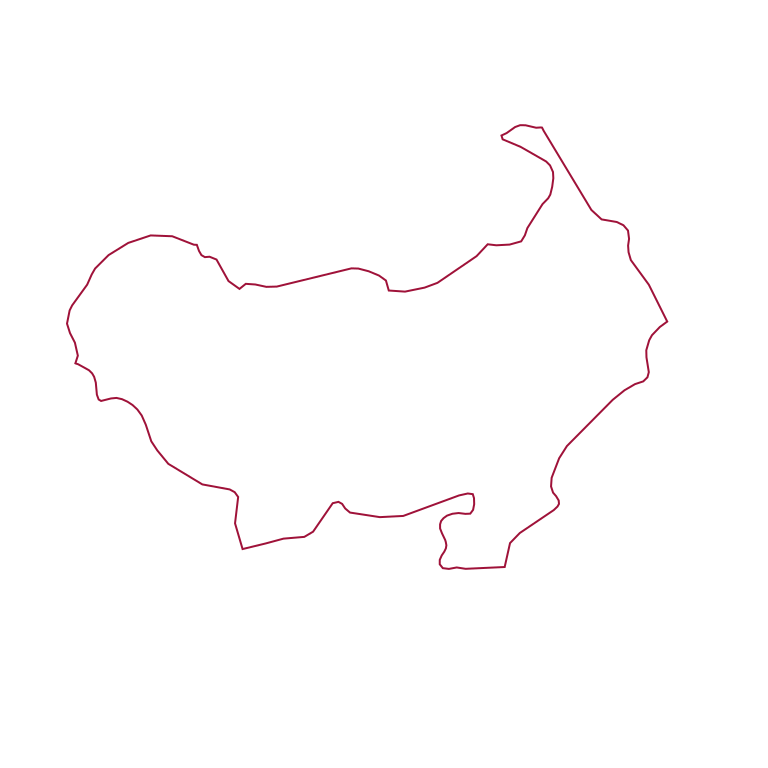 the Province of Skikda, rotated 343°
{"feature_id": "DZA-2166", "entity_name": "Skikda", "entity_type": "Province", "adm_level": 1, "iso_a3": "DZA", "parent_name": "Algeria", "parent_adm1": "", "projection": "albers", "projection_center": [6.827, 36.763], "detail": "fine", "context": "isolated", "style": "outline", "palette": "rose", "viewbox_px": 768, "rotation_deg": 343, "n_neighbors": 0, "source": "natural_earth", "source_scale": "10m", "svg_char_len": 2115}
<svg xmlns="http://www.w3.org/2000/svg" viewBox="0 0 768 768"><g transform="rotate(343 384 384)"><path d="M94.9,274.0L99.5,267.4L100.5,254.1L98.6,243.5L98.5,233.6L104.9,221.7L108.8,217.6L129.2,202.2L136.5,193.8L141.5,189.1L158.3,180.2L180.7,174.3L204.3,173.7L224.7,180.8L242.9,195.2L245.7,196.2L246.0,202.7L247.1,207.4L249.8,210.3L254.4,211.3L260.2,216.0L265.4,240.1L273.6,250.8L281.1,247.8L290.0,251.2L299.9,256.7L310.0,259.5L386.7,263.9L393.2,266.1L402.3,271.7L410.9,278.8L416.1,285.6L415.9,296.0L431.1,301.8L451.0,303.7L464.7,302.9L509.9,288.8L524.0,280.7L532.0,284.2L544.9,287.4L556.9,287.7L562.2,283.0L566.7,276.8L588.2,258.3L595.3,254.4L598.4,251.5L602.5,244.6L606.1,236.7L607.6,230.7L606.7,223.5L604.1,218.6L584.0,197.2L569.0,184.7L569.0,180.7L574.6,179.9L584.5,176.6L589.8,176.3L594.9,177.9L604.4,183.4L609.0,184.5L610.1,185.0L610.7,188.5L633.2,278.2L640.2,290.2L653.9,297.1L659.4,302.2L662.2,308.6L660.8,316.8L657.9,323.0L656.4,329.5L656.3,337.7L666.3,366.5L673.1,407.1L664.5,410.1L654.5,415.7L650.4,419.7L644.7,428.4L642.8,435.2L640.7,450.1L637.9,454.6L632.7,457.3L624.0,457.5L612.2,460.3L598.1,466.0L540.8,496.8L529.8,506.2L516.9,522.7L513.8,530.8L513.9,537.3L515.8,541.6L517.0,546.5L516.3,549.8L514.1,551.9L509.5,554.2L470.3,566.2L458.0,573.0L445.9,594.3L408.0,584.6L399.9,580.7L392.0,579.8L386.4,577.3L384.6,572.7L385.9,568.5L389.1,564.8L392.6,562.0L395.1,559.3L396.5,556.5L396.9,553.1L396.9,551.0L395.8,543.7L395.4,538.6L396.6,534.6L398.6,531.7L401.7,529.7L405.8,528.3L411.5,528.1L417.6,529.2L423.9,532.0L428.6,533.2L432.4,530.4L435.1,525.3L436.7,519.5L436.7,515.3L432.1,513.2L423.2,512.5L363.8,515.8L341.1,510.1L313.9,497.0L310.5,491.7L308.9,486.4L306.0,483.4L300.1,483.0L273.0,504.5L263.1,506.9L242.7,502.5L224.4,501.9L200.5,500.5L200.8,473.7L211.5,449.4L209.6,443.8L205.6,439.7L180.9,426.9L154.4,397.3L147.8,381.3L144.7,370.8L144.3,353.3L143.1,343.3L140.7,336.3L137.4,330.6L133.5,325.9L129.0,321.9L124.1,319.1L118.7,318.0L108.5,317.5L106.6,315.4L106.3,310.3L108.8,298.4L108.9,292.4L108.0,288.5L105.9,284.6L97.3,275.7L95.0,274.1L94.9,274.0Z" fill="none" stroke="#9f1239" stroke-width="2"/></g></svg>